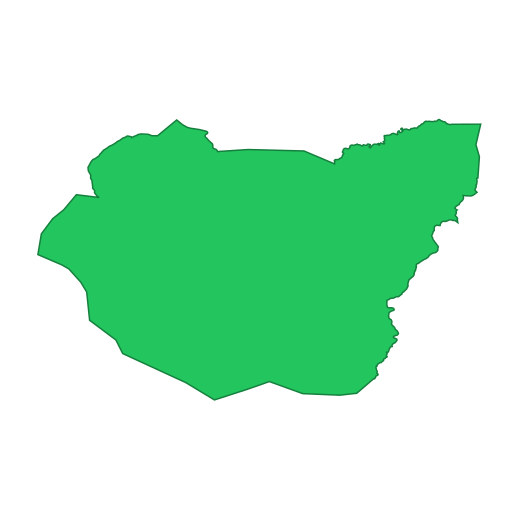 Bayanzu'rx, Hövsgöl, Mongolia, rotated 183°
{"feature_id": "93677404B62399771295539", "entity_name": "Bayanzu'rx", "entity_type": "district", "adm_level": 2, "iso_a3": "MNG", "parent_name": "Mongolia", "parent_adm1": "Hövsgöl", "projection": "robinson", "projection_center": [98.395, 50.238], "detail": "fine", "context": "isolated", "style": "filled", "palette": "green", "viewbox_px": 512, "rotation_deg": 183, "n_neighbors": 0, "source": "geoboundaries", "source_scale": "gbopen_adm2", "svg_char_len": 6030}
<svg xmlns="http://www.w3.org/2000/svg" viewBox="0 0 512 512"><g transform="rotate(183 256 256)"><path d="M449.3,236.9L442.2,233.3L429.7,220.8L423.2,211.2L418.8,183.1L391.5,164.8L384.0,151.6L319.5,125.9L290.0,110.1L258.3,122.2L236.1,131.3L202.1,121.0L165.1,121.4L148.2,124.2L132.2,139.5L131.7,139.4L130.9,139.9L130.3,141.0L130.1,142.0L129.7,142.6L128.3,143.2L127.9,143.9L128.0,144.5L129.2,145.3L129.3,145.6L128.9,146.6L128.9,147.0L129.9,149.1L130.4,151.4L130.1,152.2L129.5,152.2L129.1,154.0L127.6,155.2L127.3,155.7L125.3,156.2L124.8,156.9L123.2,158.2L123.1,158.7L123.3,159.0L123.1,159.8L121.7,160.4L121.1,161.4L120.0,161.8L119.8,162.5L120.7,163.2L120.6,163.7L119.9,165.2L119.9,165.5L120.6,166.6L120.5,166.8L119.2,166.9L118.8,167.2L118.6,167.7L118.0,170.2L117.4,171.2L117.2,171.9L116.9,172.2L116.4,172.5L115.3,172.6L115.2,172.7L115.6,173.4L115.5,173.9L115.0,175.0L114.2,175.8L112.4,176.8L110.7,179.4L111.2,180.5L114.2,181.6L114.4,181.8L114.4,182.9L112.2,184.0L110.9,184.3L109.9,185.5L109.7,186.3L110.1,187.1L111.4,188.9L113.3,190.3L113.4,191.1L113.6,191.4L114.9,193.0L116.2,193.7L116.6,194.5L117.2,195.1L116.8,197.2L117.2,198.6L117.6,199.3L119.7,200.6L120.2,201.3L120.2,202.8L120.6,203.6L120.2,205.1L120.3,205.9L120.1,206.5L117.9,208.1L116.4,208.6L115.5,209.2L115.2,209.5L115.4,210.2L115.6,210.6L116.5,211.2L118.1,211.4L121.2,211.2L122.0,211.8L122.4,212.6L122.9,215.1L122.8,217.4L123.1,218.1L123.0,218.6L120.8,219.6L119.6,220.7L116.6,221.1L113.5,222.8L112.1,222.7L111.1,223.1L110.7,223.7L110.0,224.1L109.7,224.8L108.5,225.3L108.3,225.7L108.3,226.4L108.0,226.8L107.8,227.3L106.6,227.9L105.3,229.5L103.9,230.9L103.6,231.8L103.1,232.4L103.0,233.3L102.5,234.2L103.0,235.6L103.0,235.9L102.7,236.4L102.8,237.1L102.5,237.9L102.5,238.6L102.1,239.2L102.2,239.6L102.2,240.1L102.0,240.3L101.3,240.7L100.8,241.5L100.1,241.9L99.9,242.5L98.5,243.3L97.4,245.1L97.1,245.4L97.3,246.0L97.0,246.7L97.1,247.5L96.7,248.5L96.7,249.0L96.1,249.6L96.2,250.1L95.8,250.5L95.9,251.3L95.6,251.9L95.7,252.2L95.4,252.6L95.5,253.0L95.4,253.3L95.5,253.6L95.3,253.9L95.6,254.2L95.5,254.6L95.5,255.2L95.2,256.2L94.2,256.9L93.4,257.1L91.8,258.6L91.3,258.8L90.9,259.3L89.3,260.3L88.9,260.8L88.5,260.8L87.6,261.6L86.2,262.1L85.7,262.6L85.2,262.9L84.8,263.4L84.5,263.4L84.1,263.8L82.9,265.7L81.0,267.3L79.5,268.1L76.8,268.9L75.7,269.8L74.9,270.9L74.7,271.3L74.7,271.9L74.9,272.5L74.4,274.8L80.2,281.9L80.7,283.8L81.7,285.0L81.2,286.6L80.6,288.0L80.3,289.6L79.3,290.8L79.5,293.1L79.2,294.9L78.6,295.4L76.8,296.3L74.8,296.0L73.7,296.1L73.7,296.9L73.1,298.5L72.5,299.5L70.8,300.5L68.6,300.4L66.7,301.1L64.8,302.2L62.6,302.3L61.5,301.8L59.9,301.9L58.6,301.5L56.2,299.9L57.0,303.3L56.7,303.9L56.7,304.2L57.6,305.4L58.6,306.2L59.1,306.9L59.2,307.2L58.4,308.6L58.2,309.5L58.5,311.1L58.1,311.9L57.5,312.5L58.5,312.9L59.9,314.1L59.6,315.2L58.2,316.4L57.5,317.2L55.9,318.0L54.9,320.3L52.9,322.0L52.0,323.8L51.8,324.5L52.3,327.3L49.9,327.1L44.6,327.2L43.2,327.6L41.2,328.9L38.6,331.2L40.7,333.1L40.5,334.9L39.8,336.0L39.8,337.5L40.0,338.6L39.5,338.8L39.2,341.6L39.2,342.5L39.7,345.1L38.5,345.5L38.1,366.8L42.2,378.7L38.5,399.4L67.0,397.8L69.4,397.4L70.6,397.6L71.7,398.1L72.8,398.2L73.4,399.2L74.2,399.8L76.3,400.0L77.1,400.5L78.6,400.8L79.4,401.6L80.0,401.9L80.5,401.8L81.4,401.4L82.5,400.2L83.1,400.0L84.7,400.0L85.9,399.5L87.6,399.4L90.3,399.6L91.7,399.3L93.3,399.5L94.5,398.9L96.4,396.7L97.8,396.3L98.7,395.0L100.4,394.1L101.9,392.2L102.8,392.1L104.5,392.2L106.0,391.6L107.7,391.4L108.2,391.0L108.6,390.3L109.9,389.9L112.3,390.6L114.1,390.4L115.0,389.8L115.6,389.7L116.1,389.9L116.4,391.1L116.9,391.3L117.7,391.0L118.0,390.6L117.9,390.0L117.6,389.7L116.1,388.8L116.0,388.3L116.1,388.1L117.4,387.1L118.5,386.7L119.1,387.1L119.4,388.2L119.6,388.4L120.2,388.3L120.7,387.8L121.1,386.5L121.2,386.2L120.8,385.0L121.0,384.6L121.5,384.6L124.8,385.6L125.6,385.6L126.8,385.2L127.4,384.8L127.6,384.3L128.0,384.0L128.7,383.9L129.8,383.4L131.3,383.5L132.5,383.1L133.9,383.0L134.4,382.5L133.9,381.6L134.0,379.8L133.5,379.0L133.4,378.2L133.5,377.8L133.8,377.5L134.4,377.2L134.9,376.7L133.7,375.6L133.5,375.3L133.8,374.7L134.8,374.6L137.4,375.4L138.1,374.6L138.3,373.4L138.8,373.1L139.4,373.3L139.1,374.6L139.6,374.8L141.2,373.9L143.5,373.9L144.2,373.7L144.9,373.2L145.8,372.2L146.9,371.4L146.9,370.4L147.7,370.0L148.5,370.6L148.7,370.8L148.8,371.4L148.7,371.7L147.7,372.6L147.7,373.2L148.4,373.4L150.1,373.7L150.6,373.4L150.8,372.7L151.3,372.4L152.6,372.3L154.7,372.7L154.8,372.5L154.8,372.0L155.3,371.5L156.4,371.6L158.0,372.4L159.7,372.5L160.7,372.7L160.8,373.0L164.2,371.6L165.4,371.8L166.8,371.7L168.0,370.5L167.9,369.4L168.3,368.7L169.4,367.9L170.0,367.7L171.8,368.3L173.4,367.9L174.2,367.2L174.7,365.4L175.1,364.6L175.1,364.2L173.8,362.9L174.5,362.0L174.6,361.1L175.2,360.3L175.2,359.9L175.7,358.6L177.2,358.0L177.9,357.2L179.7,356.5L181.7,356.4L182.5,355.9L182.8,355.3L182.2,354.4L182.4,353.9L182.4,352.1L213.6,363.4L269.4,361.9L299.9,358.3L300.2,359.1L300.8,359.8L301.6,360.5L302.7,360.7L304.1,361.3L304.7,361.8L305.0,362.6L304.8,363.6L305.0,364.4L305.2,365.2L305.6,365.9L306.7,366.8L307.5,367.3L308.2,368.1L308.9,368.5L311.1,370.8L312.5,371.9L312.9,372.5L313.2,373.0L313.1,374.0L312.3,374.9L311.3,375.5L311.0,375.8L310.7,376.9L311.4,377.6L312.2,378.0L319.1,379.3L328.4,380.2L331.7,381.0L336.4,383.4L342.3,387.7L360.6,370.9L366.2,370.7L370.1,371.9L377.0,371.9L380.0,371.2L381.7,370.1L384.8,368.7L386.1,367.7L386.8,368.5L387.2,368.6L389.5,369.0L390.5,369.1L391.3,368.9L392.6,367.8L395.0,366.9L398.2,364.3L400.1,363.3L400.9,362.7L401.5,362.0L404.6,359.8L406.3,358.8L407.9,358.1L410.5,355.9L414.0,353.5L414.4,352.6L415.0,352.2L415.6,351.2L417.2,349.5L418.0,347.8L422.2,344.5L423.7,344.0L425.0,342.4L425.7,341.4L428.4,335.7L427.9,332.2L425.4,328.3L425.2,327.4L425.3,325.7L425.1,324.7L424.6,324.0L424.1,323.5L423.8,322.7L422.7,316.6L422.7,315.3L422.0,314.3L421.5,314.1L420.5,312.8L420.6,311.3L420.5,310.7L420.2,310.2L418.0,307.7L416.5,306.6L415.6,306.2L438.6,307.8L450.4,292.1L461.0,282.6L471.5,266.9L473.9,246.0L449.3,236.9Z" fill="#22c55e" stroke="#15803d" stroke-width="1.5"/></g></svg>